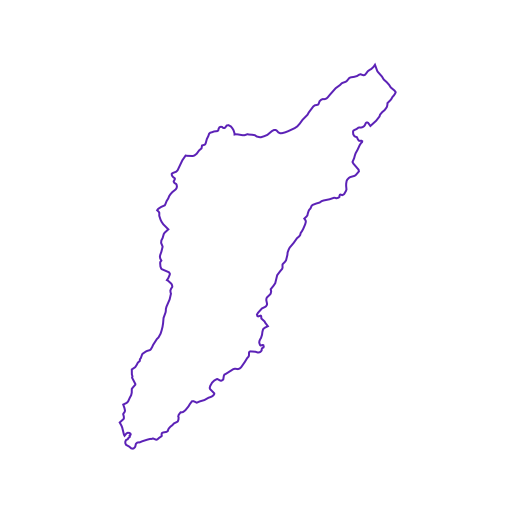 the district of Yen Lap, Phú Thọ, Vietnam, rotated 69°
{"feature_id": "81297802B78626005730568", "entity_name": "Yen Lap", "entity_type": "district", "adm_level": 2, "iso_a3": "VNM", "parent_name": "Vietnam", "parent_adm1": "Phú Thọ", "projection": "natural_earth1", "projection_center": [105.026, 21.372], "detail": "fine", "context": "isolated", "style": "outline", "palette": "violet", "viewbox_px": 512, "rotation_deg": 69, "n_neighbors": 0, "source": "geoboundaries", "source_scale": "gbopen_adm2", "svg_char_len": 6128}
<svg xmlns="http://www.w3.org/2000/svg" viewBox="0 0 512 512"><g transform="rotate(69 256 256)"><path d="M213.9,129.6L212.2,129.3L204.6,132.0L202.8,132.2L199.8,129.3L197.6,127.7L195.8,126.2L193.2,123.1L189.7,119.5L188.3,117.6L187.7,116.2L186.9,115.7L186.6,115.9L186.0,116.5L185.8,117.7L185.2,118.6L183.5,119.1L181.3,119.2L179.9,120.8L179.0,121.3L177.2,121.6L174.8,120.9L174.1,120.4L173.8,119.9L173.6,118.5L173.5,116.6L172.9,114.5L173.0,113.5L173.7,112.1L173.9,110.3L173.5,108.5L172.8,107.4L171.3,105.9L171.0,105.0L171.2,104.3L171.9,103.6L175.6,102.6L172.8,95.4L170.0,90.7L168.5,89.5L168.1,88.8L166.9,86.6L165.9,83.7L164.6,81.6L163.8,80.5L162.9,79.8L161.8,79.1L160.4,78.5L158.7,74.7L158.0,73.5L156.3,71.4L155.6,69.9L154.2,67.9L153.1,66.9L151.2,67.4L146.9,69.8L143.9,70.4L140.5,71.7L137.0,73.5L133.6,74.1L127.7,76.3L126.6,76.5L120.1,76.4L121.5,78.4L122.7,81.3L123.0,83.3L123.6,85.5L124.9,87.5L125.9,89.3L125.9,90.6L125.1,91.8L123.8,93.2L123.7,94.8L124.2,97.2L123.9,100.3L123.2,103.4L123.2,105.0L125.2,108.6L125.5,109.9L125.4,112.9L125.5,114.1L126.5,116.3L127.9,121.5L131.8,129.0L133.6,132.2L134.2,133.7L134.2,135.6L133.4,137.7L133.5,139.2L134.3,141.2L136.4,143.0L136.9,143.8L136.8,145.1L136.4,147.0L136.9,148.9L140.9,155.3L142.6,157.3L145.5,163.7L148.1,167.7L149.8,171.0L150.5,174.0L151.0,181.3L151.0,184.6L150.7,187.5L150.1,189.4L148.7,190.8L146.4,191.7L145.4,192.5L144.8,194.2L145.1,196.4L147.0,202.0L147.1,205.4L146.9,208.9L146.4,210.0L144.7,212.5L142.8,213.8L141.4,216.2L140.1,219.0L139.2,220.4L139.2,221.7L139.1,223.5L138.5,225.1L135.9,229.5L135.1,231.3L134.9,232.5L133.7,232.1L130.6,231.9L128.3,232.3L126.1,233.0L124.0,234.8L123.7,236.6L125.1,238.8L125.2,239.7L124.7,240.7L123.4,241.4L122.8,242.4L122.7,243.9L123.7,245.2L125.3,246.3L125.5,247.5L124.7,250.5L124.7,252.6L124.5,254.5L125.0,255.9L127.0,257.6L129.2,260.0L132.5,262.4L133.5,263.4L133.7,264.2L133.5,266.8L136.0,268.3L137.0,271.2L139.3,274.8L140.1,277.5L140.0,279.2L137.7,284.6L137.0,285.7L140.2,290.4L147.9,298.5L148.7,300.3L148.7,303.7L148.9,304.9L149.2,305.3L150.4,305.6L151.4,305.5L152.8,305.0L154.1,304.1L154.6,304.0L155.4,304.4L156.8,306.1L157.3,306.2L158.7,305.9L160.2,304.7L161.0,304.6L162.7,304.9L164.0,305.7L165.0,307.0L166.4,311.3L167.7,313.8L168.9,315.5L170.9,317.4L172.7,319.8L175.0,321.9L176.0,323.0L176.2,326.9L176.7,329.4L177.1,330.7L177.9,331.9L179.7,331.0L181.0,330.8L183.8,331.9L187.9,332.1L190.2,331.9L193.2,331.2L199.7,328.3L201.5,332.9L202.4,334.2L205.7,336.7L207.6,338.8L209.8,339.9L213.6,339.8L214.1,340.0L218.1,342.8L220.9,345.2L222.3,346.0L224.1,346.3L226.4,346.0L227.4,347.6L228.5,348.1L231.6,349.0L233.7,349.0L234.4,348.8L240.0,343.1L240.8,342.9L241.8,342.8L242.5,343.2L245.3,345.9L246.6,347.8L247.5,347.0L251.3,345.1L252.4,344.8L254.3,345.0L255.0,345.4L255.9,346.8L257.5,348.3L259.3,348.8L260.7,348.9L265.6,352.2L271.2,357.7L273.1,359.1L275.0,359.9L276.3,360.7L280.7,364.5L285.6,366.9L288.7,368.7L291.8,370.9L294.3,372.9L297.1,376.2L298.0,378.3L302.1,383.9L303.8,385.6L305.3,387.5L305.7,388.2L305.8,389.1L305.6,391.6L305.7,393.0L306.6,396.8L307.0,397.5L310.1,400.2L310.8,401.4L312.2,402.0L312.4,402.2L313.2,404.5L314.9,406.4L316.5,408.6L317.4,412.6L322.0,414.3L324.1,414.5L325.2,415.3L332.3,414.5L332.9,414.8L334.8,418.4L335.6,419.6L339.1,421.0L341.3,422.5L342.8,424.3L346.0,427.6L346.8,429.4L347.1,433.2L350.8,433.3L353.3,433.7L354.3,434.3L355.8,436.5L356.2,436.7L358.3,436.9L360.0,437.4L360.7,438.0L362.6,442.9L366.2,442.4L368.3,442.4L375.5,443.3L376.7,443.1L375.3,440.7L375.1,439.6L375.1,439.0L375.8,437.6L376.8,436.9L377.4,436.9L377.8,437.0L378.1,437.4L378.2,438.1L378.5,438.5L379.2,438.4L379.7,438.7L380.3,440.6L381.1,441.4L381.2,443.2L382.1,444.2L382.8,444.7L384.1,445.1L385.7,445.0L388.6,442.6L390.9,441.4L391.7,440.1L391.8,439.3L391.2,437.7L390.5,436.9L388.4,435.5L387.9,434.5L387.7,433.8L387.8,432.7L388.3,431.4L388.2,428.5L388.5,423.3L388.8,420.6L389.4,418.9L389.4,417.6L391.6,415.2L391.9,414.6L391.8,413.6L391.1,411.8L390.4,408.8L390.1,408.4L389.0,408.2L388.4,407.9L387.7,407.4L387.5,406.8L387.5,405.9L388.1,402.8L388.0,401.9L387.8,401.1L386.4,400.0L385.6,398.9L384.6,396.9L384.0,394.8L382.9,392.6L382.6,389.2L382.4,388.3L380.9,387.0L378.9,386.1L377.9,386.1L376.5,385.0L374.9,382.4L375.3,381.6L375.5,380.1L375.3,379.2L374.6,377.1L372.2,372.9L370.6,370.9L368.7,367.9L369.1,366.5L370.0,365.5L371.7,363.9L371.6,360.5L372.0,355.8L371.3,351.1L371.4,348.8L371.2,346.8L370.4,345.0L369.7,344.3L369.2,344.2L364.2,346.4L363.5,346.6L362.6,346.5L360.9,345.3L358.5,342.4L357.3,339.6L356.9,336.8L357.0,336.2L359.6,333.9L360.0,332.9L359.8,331.6L359.5,330.8L356.4,329.0L355.4,328.0L355.2,326.2L353.5,317.8L353.7,316.0L355.1,313.5L355.2,312.3L355.1,311.2L354.5,309.7L350.9,304.4L348.2,300.9L347.2,298.9L346.1,298.1L343.8,297.2L343.1,296.5L343.0,295.6L343.5,294.4L345.2,290.8L346.7,289.0L347.1,287.9L347.1,286.4L346.7,285.4L346.2,284.6L344.9,284.0L344.4,283.5L344.1,282.7L344.1,281.9L343.5,281.3L341.9,281.1L341.5,281.6L341.2,283.8L340.6,284.1L338.7,284.1L337.7,283.9L336.4,283.1L335.2,281.9L334.3,280.7L331.7,278.6L329.1,277.2L327.0,275.7L326.6,275.0L326.1,273.3L325.8,270.1L321.3,271.4L320.3,271.4L316.3,273.4L314.3,272.8L313.6,272.8L313.3,273.1L313.2,275.6L312.6,276.2L311.0,276.1L309.7,274.4L307.1,269.3L306.8,265.8L306.5,264.6L305.4,263.2L304.5,262.8L300.8,262.2L299.3,261.4L298.6,260.6L296.9,256.6L296.4,255.8L294.4,254.5L292.3,254.2L290.1,250.4L288.3,247.8L281.5,243.1L278.8,238.8L277.4,236.2L276.4,235.4L273.6,234.4L273.1,233.9L271.9,231.2L270.8,229.5L266.2,226.3L264.0,225.2L261.6,223.1L260.2,221.5L257.3,216.2L254.1,211.4L253.2,208.8L252.3,207.3L250.5,206.0L249.3,204.2L247.6,202.2L244.1,198.8L242.5,197.6L241.3,197.0L240.4,197.0L238.4,197.5L237.2,194.6L236.5,193.5L234.6,192.2L232.9,190.8L231.9,189.7L231.2,188.2L229.0,186.0L228.6,184.7L228.6,181.0L228.9,177.4L228.3,175.1L228.4,173.0L229.4,167.0L229.6,162.4L229.9,161.6L230.9,160.3L231.1,158.7L231.0,157.6L230.8,157.0L229.6,156.4L228.9,155.7L228.9,155.1L230.1,153.7L230.0,152.4L229.7,151.4L227.4,148.6L226.3,147.7L222.8,146.7L220.8,145.9L218.4,144.5L217.4,143.4L216.4,141.3L216.1,139.8L216.5,135.2L216.1,133.7L213.9,129.6Z" fill="none" stroke="#5b21b6" stroke-width="2"/></g></svg>